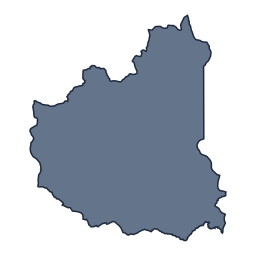 the district of Aoral, Kâmpóng Spœ, Cambodia
{"feature_id": "14789045B24826472833777", "entity_name": "Aoral", "entity_type": "district", "adm_level": 2, "iso_a3": "KHM", "parent_name": "Cambodia", "parent_adm1": "Kâmpóng Spœ", "projection": "albers", "projection_center": [104.049, 11.778], "detail": "fine", "context": "isolated", "style": "filled", "palette": "slate", "viewbox_px": 256, "rotation_deg": 0, "n_neighbors": 0, "source": "geoboundaries", "source_scale": "gbopen_adm2", "svg_char_len": 5774}
<svg xmlns="http://www.w3.org/2000/svg" viewBox="0 0 256 256"><path d="M187.5,15.4L185.0,16.9L184.0,17.7L180.8,24.4L180.7,25.1L181.3,29.2L181.2,29.8L180.6,30.1L179.3,30.1L178.3,29.6L177.6,29.2L175.8,26.9L173.5,25.6L172.9,25.4L172.0,25.7L169.0,25.2L167.9,25.5L167.5,27.1L167.2,27.7L166.8,28.0L163.8,28.3L161.9,27.4L160.3,26.4L156.3,26.5L155.5,26.7L154.8,27.1L152.2,30.0L151.6,30.1L148.5,29.6L148.3,29.8L149.4,33.1L149.8,36.1L149.2,38.0L149.1,40.1L148.0,42.2L148.0,43.6L147.7,44.7L147.4,45.2L147.7,45.9L146.3,47.9L146.7,49.5L146.3,51.1L146.1,51.3L145.6,51.2L143.7,50.0L142.4,50.2L141.0,51.6L141.9,53.3L141.2,55.7L140.9,56.1L140.2,56.5L137.6,56.1L136.5,55.6L135.1,56.3L132.4,60.7L132.4,61.5L133.6,62.1L134.2,63.2L135.1,66.8L137.2,71.8L137.2,72.2L136.9,73.1L135.6,74.1L133.1,74.5L130.5,73.8L129.5,73.9L128.6,75.4L127.3,76.4L126.0,76.7L124.2,78.8L122.6,79.8L121.3,81.5L120.7,81.8L119.3,81.8L116.2,81.0L113.9,80.8L113.0,80.8L111.1,81.3L110.1,80.8L109.6,79.5L109.6,78.6L108.7,78.0L108.0,76.4L106.6,74.6L106.8,73.7L105.9,72.3L106.0,70.6L104.3,68.8L103.9,68.5L100.5,68.6L99.5,67.6L98.6,67.5L97.7,67.8L96.2,67.3L94.7,65.8L92.8,65.5L92.6,65.8L91.5,65.9L91.1,66.7L90.4,66.7L90.1,67.0L90.2,67.9L89.8,68.7L89.2,68.5L88.1,68.6L86.2,69.9L84.9,69.9L84.0,70.3L83.3,70.3L83.4,70.8L82.9,72.0L83.2,72.7L82.9,74.1L82.9,78.1L83.0,78.7L83.7,79.5L84.5,80.5L85.0,80.8L84.7,81.1L84.8,82.4L84.7,82.9L84.3,83.2L83.5,83.1L83.1,83.3L82.8,83.8L82.8,85.0L82.2,85.6L81.8,85.5L78.6,86.2L77.0,86.8L75.1,87.1L74.0,87.7L72.3,90.8L71.3,91.0L70.3,91.8L70.1,92.8L69.2,93.7L68.3,94.4L67.5,96.0L66.9,96.6L67.1,97.3L68.0,98.5L67.7,101.3L66.7,101.0L65.1,101.0L64.0,102.5L63.0,103.2L57.9,104.1L55.5,105.3L54.6,106.0L53.8,105.9L51.3,106.3L49.9,106.2L48.2,105.2L45.3,105.0L43.8,104.6L42.4,104.6L40.3,103.0L37.3,102.0L35.4,100.6L34.5,100.8L34.1,101.1L34.0,101.6L34.4,102.5L34.4,103.3L33.3,104.9L32.8,107.5L33.4,108.7L33.3,109.9L33.7,111.4L34.0,115.9L34.7,117.4L36.7,118.1L37.3,118.5L37.5,119.2L37.3,123.0L37.1,124.2L36.8,125.0L32.0,127.8L30.7,128.8L30.2,129.5L30.0,131.5L31.0,133.0L31.1,134.0L31.5,134.9L32.9,136.4L33.6,138.3L33.6,139.1L32.8,140.7L32.0,141.8L30.9,142.9L30.9,144.6L30.5,146.0L30.2,149.4L30.8,152.6L31.6,154.2L33.2,156.7L36.3,158.7L39.1,161.9L40.1,163.5L40.2,164.7L40.6,165.6L41.0,168.5L40.6,169.4L41.0,169.8L41.0,170.3L40.3,172.4L38.7,174.9L38.1,180.2L38.4,182.9L37.9,186.3L38.0,186.6L39.4,186.9L42.4,186.8L43.8,187.3L45.1,188.0L46.7,188.0L47.7,189.4L49.0,190.5L49.8,191.6L51.0,191.9L51.8,192.5L52.2,192.5L52.3,193.8L54.2,197.0L55.6,197.3L56.5,198.8L58.8,199.1L60.4,200.7L61.3,201.1L62.4,202.4L63.3,203.0L63.4,203.5L62.2,205.1L62.3,205.4L63.3,204.9L64.3,206.0L68.2,207.8L69.7,207.5L70.3,207.7L72.4,211.0L78.3,211.8L81.0,212.9L82.1,213.8L82.8,215.1L83.1,217.3L82.9,219.0L85.2,219.8L85.5,219.8L86.5,219.3L88.0,221.9L88.8,224.8L89.8,225.5L90.9,226.8L93.2,226.8L93.5,226.6L94.7,226.5L95.4,225.8L96.4,225.5L96.9,226.4L98.2,226.7L99.3,225.7L102.4,223.6L104.0,223.4L105.6,222.7L106.0,222.7L106.7,224.2L107.4,224.1L108.8,223.6L110.0,222.8L111.3,222.4L112.4,221.6L114.6,221.7L117.8,224.6L118.8,225.3L119.8,226.4L121.1,228.1L123.0,232.5L124.1,232.8L125.0,232.9L127.3,234.7L128.0,235.0L129.1,234.9L130.6,233.8L133.2,234.5L134.0,234.3L138.0,232.7L138.9,231.8L142.9,229.9L144.1,229.7L144.8,229.3L146.8,230.2L148.3,230.4L150.8,231.6L151.5,231.6L151.8,231.1L151.8,230.4L152.5,230.3L152.7,230.0L153.1,229.9L153.5,229.2L154.3,228.9L155.2,228.8L155.8,229.1L156.8,229.0L157.3,229.2L160.2,231.3L161.0,231.4L161.8,232.3L163.3,232.6L164.6,233.6L165.7,233.7L166.8,233.4L167.5,234.0L169.5,234.0L170.6,234.3L171.2,234.2L171.6,234.5L172.1,234.2L172.7,235.0L172.7,235.4L173.3,235.6L174.3,235.5L175.5,235.7L175.4,236.0L175.8,236.3L175.8,236.5L176.7,237.1L178.1,236.9L179.1,237.2L179.6,237.9L179.6,238.5L180.3,239.2L181.1,239.5L182.9,239.5L183.0,239.3L183.7,240.3L184.9,240.6L185.5,240.6L186.6,240.1L187.6,238.3L187.2,237.9L189.6,235.3L189.7,234.8L191.1,234.1L192.7,231.0L193.3,230.9L194.9,230.2L195.0,229.5L195.3,229.4L195.8,228.5L196.3,228.3L196.4,228.0L196.7,227.9L197.1,228.1L197.7,227.8L197.9,227.4L198.3,227.5L198.6,227.2L198.7,226.5L199.6,226.3L200.1,225.8L200.6,225.8L201.1,225.4L201.5,225.7L202.6,225.4L203.1,225.5L203.4,225.1L203.3,224.4L204.1,224.0L204.3,223.1L204.8,222.9L205.3,221.8L206.2,221.7L206.8,222.5L209.1,222.2L209.0,223.5L208.3,223.8L207.8,224.3L207.8,224.8L208.2,225.6L208.0,226.8L208.4,227.0L209.0,227.0L209.4,227.6L209.2,228.1L210.1,228.3L210.2,228.7L210.6,228.8L212.6,228.5L213.8,227.7L214.9,228.4L215.0,227.9L214.7,227.4L214.9,227.2L216.2,227.0L217.1,227.3L217.8,226.9L217.7,228.0L219.0,228.0L219.5,228.8L221.0,229.6L221.2,230.2L221.1,231.8L222.4,233.1L222.9,231.9L222.8,229.8L223.1,228.1L225.3,223.2L225.2,222.4L224.6,221.4L224.2,219.0L224.4,216.7L225.2,214.8L225.0,214.0L223.0,213.3L221.8,212.7L220.8,211.7L219.9,210.5L218.8,208.3L215.1,206.0L215.0,205.3L215.8,203.6L216.6,203.1L216.9,202.5L216.9,200.9L217.5,200.2L218.1,200.4L218.3,198.6L220.7,197.6L221.8,196.9L225.3,195.9L225.7,195.5L225.8,194.6L225.5,193.5L225.6,192.7L226.0,192.1L223.5,191.2L220.3,190.7L218.9,189.6L217.9,187.8L217.7,185.9L218.1,181.1L219.4,176.9L219.7,175.3L217.1,174.7L212.9,170.7L211.9,169.3L211.4,167.7L211.4,163.6L211.0,161.8L210.2,160.3L207.1,156.7L205.5,155.7L203.7,155.2L201.8,154.4L200.4,153.2L199.3,150.6L197.6,148.3L197.1,146.5L197.0,145.4L197.4,143.8L198.6,141.6L199.9,140.4L201.0,139.7L202.9,139.3L203.8,138.7L203.6,66.1L204.9,65.4L206.2,63.0L206.8,62.2L208.3,60.9L209.5,58.7L210.5,56.3L211.0,52.7L210.6,50.8L209.3,48.7L209.2,45.9L208.4,45.2L207.7,43.6L206.7,42.1L205.2,42.2L201.8,41.6L199.9,40.4L196.2,39.7L195.0,38.7L194.4,37.8L193.4,35.9L192.0,31.5L191.3,30.3L190.5,26.1L190.1,25.2L189.3,24.5L189.1,22.8L189.3,21.7L189.2,21.3L188.6,20.7L188.5,18.8L187.5,15.4Z" fill="#64748b" stroke="#1e293b" stroke-width="1.5"/></svg>